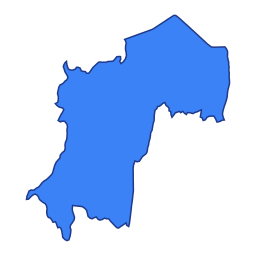 Tabocão, Tocantins, Brazil
{"feature_id": "56859067B31909496494613", "entity_name": "Tabocão", "entity_type": "district", "adm_level": 2, "iso_a3": "BRA", "parent_name": "Brazil", "parent_adm1": "Tocantins", "projection": "equal_earth", "projection_center": [-48.562, -9.085], "detail": "fine", "context": "isolated", "style": "filled", "palette": "blue", "viewbox_px": 256, "rotation_deg": 0, "n_neighbors": 0, "source": "geoboundaries", "source_scale": "gbopen_adm2", "svg_char_len": 3586}
<svg xmlns="http://www.w3.org/2000/svg" viewBox="0 0 256 256"><path d="M211.4,47.0L208.7,45.0L207.2,43.8L204.8,41.5L203.0,39.9L196.2,33.6L187.7,25.8L184.2,22.7L179.2,18.1L175.7,15.4L173.8,15.4L167.9,19.2L164.0,21.8L154.9,27.8L152.5,29.3L124.6,39.4L125.6,41.0L126.2,43.1L125.7,45.5L125.5,47.8L125.6,50.1L126.2,52.6L126.4,55.6L125.5,58.8L123.2,61.9L121.0,63.6L119.6,61.2L120.7,59.6L120.5,56.6L118.9,56.5L116.8,56.7L115.0,59.0L113.1,61.1L110.2,61.4L108.3,61.4L106.2,62.2L103.9,62.2L102.0,62.3L100.4,62.0L98.6,62.2L93.1,67.3L91.5,69.5L90.5,71.1L88.7,73.2L86.6,73.3L85.4,71.6L83.4,71.4L81.4,71.0L80.1,68.1L78.2,67.3L76.5,67.3L75.2,69.2L72.6,70.1L70.3,70.0L68.4,69.0L67.4,66.4L66.8,64.2L66.5,61.4L65.1,62.6L64.0,64.5L63.3,66.6L64.2,69.1L65.0,71.8L66.2,73.8L67.2,75.5L67.9,77.6L66.8,79.9L65.0,81.1L63.4,83.1L61.7,84.2L60.1,84.9L58.8,87.3L58.1,90.6L57.5,93.6L58.3,96.4L58.3,99.3L57.8,102.3L55.3,103.6L57.2,105.7L59.3,107.1L60.9,107.6L62.5,107.9L63.8,109.6L62.5,112.3L61.0,114.6L59.7,117.2L58.1,120.5L60.4,121.9L62.5,121.1L64.8,121.4L67.0,124.3L67.5,127.1L67.0,129.2L67.0,131.4L67.2,133.8L67.0,136.4L66.7,139.5L65.5,142.1L65.0,144.8L65.2,148.5L64.4,151.0L62.4,152.5L60.3,155.1L59.8,158.2L58.0,160.0L56.2,162.2L54.9,164.9L54.0,167.9L53.4,170.0L52.9,172.1L52.0,174.0L50.8,175.4L49.5,176.7L48.1,178.1L46.3,179.7L44.2,180.9L42.0,182.8L40.4,185.0L38.8,186.9L36.4,188.2L33.8,190.2L31.0,190.0L29.1,191.0L28.0,193.8L26.9,196.5L26.5,199.4L28.6,199.1L30.5,197.1L32.6,195.2L35.0,194.0L37.2,195.2L38.5,197.0L39.4,199.4L41.3,201.1L43.5,202.7L45.2,203.6L46.4,205.5L47.1,208.7L46.7,211.3L46.8,213.6L47.4,215.8L48.4,217.4L50.4,218.1L51.9,220.1L53.0,222.3L55.4,221.7L56.3,223.4L57.0,225.6L57.9,227.8L59.4,227.2L60.9,228.4L61.7,230.8L62.3,234.0L62.8,237.5L65.0,239.6L67.0,240.6L68.9,239.8L70.1,236.1L70.7,232.6L70.9,229.6L70.1,227.3L70.6,225.0L71.8,223.5L72.9,221.8L74.1,219.9L74.5,217.2L73.7,214.6L73.0,212.7L72.4,210.6L72.3,208.4L72.6,205.5L82.3,206.6L84.8,208.3L86.6,210.3L87.3,213.0L88.1,216.4L90.1,218.2L92.1,218.8L94.4,217.6L96.3,217.0L98.0,219.3L99.8,220.1L102.2,219.5L104.6,218.1L106.4,218.8L108.7,218.8L110.5,221.2L116.6,227.5L118.4,228.1L126.0,222.9L126.6,225.2L128.7,226.5L129.4,223.6L130.0,219.0L130.4,215.8L130.8,212.5L131.2,209.1L131.6,205.2L132.2,201.2L132.6,198.1L132.8,195.6L133.3,191.7L133.4,189.5L133.3,186.9L133.3,184.8L133.3,182.3L133.2,179.1L133.2,176.7L133.2,173.2L133.1,168.6L133.5,165.2L135.0,160.9L137.1,161.8L139.4,161.2L140.8,159.1L142.4,156.7L144.3,155.1L145.9,153.9L146.9,152.3L147.4,150.0L147.7,147.5L148.6,144.8L149.0,141.8L149.9,138.9L150.4,135.9L150.7,132.8L152.0,130.4L152.6,127.0L153.1,123.6L154.0,121.1L154.2,118.5L154.2,115.9L154.6,112.9L155.0,110.2L156.8,108.7L157.5,106.5L159.1,106.4L160.9,105.2L162.8,103.4L164.8,102.5L166.0,105.4L167.9,106.8L169.1,108.5L169.0,110.8L170.6,111.5L171.2,115.2L172.0,117.3L173.8,115.0L175.3,112.9L177.7,112.0L179.5,111.4L180.7,112.7L182.8,111.4L184.7,113.4L186.4,114.5L187.4,112.6L189.0,112.7L190.7,112.9L192.9,113.6L195.3,112.3L197.3,111.8L199.4,110.7L201.3,109.9L201.1,112.4L200.7,114.5L200.3,117.0L202.2,117.9L203.2,120.5L205.2,119.9L207.2,117.2L209.1,116.3L211.3,116.1L213.8,116.0L215.6,118.9L217.0,122.1L219.0,121.7L220.5,121.2L222.1,120.2L224.3,120.0L223.3,117.5L222.5,114.6L222.7,112.1L223.3,109.8L224.2,106.5L225.5,103.0L226.6,99.4L227.2,96.7L227.4,93.7L227.9,89.9L228.8,86.6L229.5,83.6L229.5,80.9L229.3,78.5L229.1,75.9L229.3,73.3L228.8,70.2L229.1,67.1L228.7,64.9L228.7,62.2L228.1,59.7L227.4,56.5L227.6,53.6L227.5,51.2L226.3,48.6L224.9,46.9L221.3,47.0L214.6,47.2L211.4,47.0Z" fill="#3b82f6" stroke="#1e3a8a" stroke-width="1.5"/></svg>